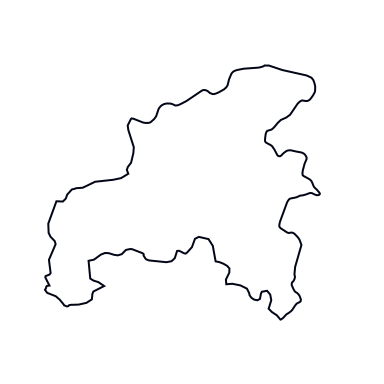 map outline of Alessandria (orthographic projection), rotated 284°
{"feature_id": "ITA-5439", "entity_name": "Alessandria", "entity_type": "Province", "adm_level": 1, "iso_a3": "ITA", "parent_name": "Italy", "parent_adm1": "", "projection": "orthographic", "projection_center": [8.655, 44.843], "detail": "fine", "context": "isolated", "style": "outline", "palette": "ink", "viewbox_px": 384, "rotation_deg": 284, "n_neighbors": 0, "source": "natural_earth", "source_scale": "10m", "svg_char_len": 3758}
<svg xmlns="http://www.w3.org/2000/svg" viewBox="0 0 384 384"><g transform="rotate(284 192 192)"><path d="M126.5,60.2L150.2,62.7L151.5,69.0L155.0,71.1L159.4,71.6L165.4,74.8L167.1,78.0L167.6,78.5L169.7,84.9L178.5,95.5L184.8,112.6L188.3,119.8L194.3,125.8L197.7,123.4L200.8,123.7L205.7,125.8L215.4,125.7L221.4,124.7L236.6,115.3L241.0,113.5L248.1,115.1L248.8,115.6L248.9,117.6L247.7,126.7L247.6,128.3L247.7,129.7L248.0,131.1L248.3,132.3L248.7,133.4L249.3,134.5L249.8,135.0L253.4,137.5L255.2,138.3L256.9,138.9L264.5,139.5L266.7,140.3L268.5,141.4L269.0,141.9L270.3,143.3L271.1,144.6L271.9,146.5L272.6,149.9L272.5,151.9L271.9,154.9L272.5,156.8L273.9,158.9L278.8,164.5L292.7,177.0L293.5,178.0L294.0,179.4L294.0,181.6L293.6,183.0L292.4,185.4L292.2,186.9L292.0,188.2L292.3,189.6L293.4,191.5L295.2,193.9L299.4,198.3L302.0,200.0L304.1,200.7L310.3,200.7L316.2,201.6L317.4,202.1L318.4,202.7L319.3,203.4L320.4,204.8L321.5,206.7L324.2,212.5L328.9,226.8L330.3,229.4L331.4,231.1L332.3,231.8L333.3,236.0L332.2,250.1L332.8,275.0L331.8,280.3L329.9,282.7L326.7,284.8L324.2,286.0L320.3,286.9L318.7,287.0L315.1,286.1L311.6,284.7L310.2,284.0L309.2,283.1L308.4,282.2L308.0,281.1L307.7,279.7L307.5,276.6L305.9,274.8L303.2,273.1L290.7,268.5L287.1,265.5L283.4,260.8L279.8,258.5L275.4,256.4L273.3,255.2L271.8,254.0L269.5,250.2L267.9,249.6L265.7,249.5L260.1,250.2L258.7,250.8L258.0,251.6L257.7,252.4L256.5,257.1L256.1,258.1L255.8,258.7L252.9,261.9L248.5,265.8L247.9,266.8L247.8,267.9L248.1,268.9L248.9,269.7L252.1,271.6L254.8,273.9L255.4,274.9L255.9,276.0L256.3,277.4L256.4,278.9L256.5,283.8L256.7,286.8L256.8,288.3L256.7,289.8L256.2,291.5L255.3,293.0L253.3,294.8L251.7,295.2L246.5,294.4L239.9,294.3L237.0,294.6L235.0,295.4L234.5,296.5L233.1,301.9L232.7,303.2L232.1,304.3L231.4,305.3L230.5,306.1L226.7,308.9L226.0,309.8L224.6,312.3L222.2,315.7L221.5,316.4L220.8,316.5L220.1,316.1L219.5,315.2L219.1,314.0L219.1,312.6L219.9,308.6L219.7,307.2L219.2,306.1L217.2,303.2L215.9,301.0L214.5,297.6L212.3,294.9L211.1,292.6L210.1,290.3L209.5,289.2L208.8,288.2L207.3,287.5L205.2,286.8L184.8,284.6L181.9,284.6L179.8,285.0L178.9,285.8L178.3,286.8L177.4,289.3L177.0,290.6L176.1,293.0L175.7,294.3L175.6,295.5L176.0,296.7L176.5,297.7L176.8,298.9L176.7,300.2L176.3,301.4L175.7,302.5L173.7,305.6L171.8,307.8L167.1,311.0L144.3,310.2L137.0,311.3L134.4,312.5L132.3,312.5L130.4,312.1L128.2,310.9L126.8,311.0L125.6,311.4L121.9,314.3L121.1,315.1L120.5,315.8L120.1,316.4L119.7,317.5L119.4,318.6L118.4,320.2L117.0,321.7L114.0,323.7L112.3,323.8L111.2,323.2L110.5,322.2L109.7,321.3L108.9,320.5L106.7,319.5L101.9,317.8L100.6,317.1L98.6,315.6L96.1,313.2L91.9,310.9L90.0,309.4L89.6,308.7L92.9,304.1L94.9,298.5L97.3,294.6L106.2,295.1L111.4,292.7L114.3,288.7L112.1,283.9L110.0,283.5L104.7,283.8L102.8,281.7L102.6,278.4L103.7,275.3L105.7,272.9L107.8,271.9L111.5,268.7L113.1,261.5L112.7,253.4L110.8,247.6L115.2,246.1L122.8,247.7L126.9,246.8L128.8,244.0L130.0,239.9L130.6,235.5L130.4,231.7L144.8,225.2L150.3,219.4L150.1,209.5L147.3,206.2L138.5,205.3L131.6,201.6L130.6,200.5L130.7,198.6L131.4,195.9L131.8,193.5L131.2,191.8L123.6,191.3L119.9,188.9L117.7,184.2L115.2,166.8L115.6,163.8L116.1,163.0L118.3,160.7L118.7,160.4L118.9,160.3L119.6,160.3L119.9,160.2L120.2,159.8L120.4,159.4L120.7,158.6L122.0,148.0L121.8,146.0L119.8,141.9L114.7,138.9L112.6,135.4L112.2,131.9L112.5,126.0L111.8,122.4L109.3,118.8L102.7,113.3L100.2,108.3L83.4,114.2L82.2,117.9L81.9,123.0L79.5,129.5L71.6,120.4L69.2,120.0L63.6,120.8L58.9,116.4L55.3,109.2L53.2,101.7L52.5,100.2L51.4,99.6L50.7,98.3L51.1,95.3L51.6,95.0L55.6,89.6L57.9,85.0L59.1,75.9L61.5,73.0L63.3,73.6L64.7,73.5L65.8,74.0L66.7,76.3L73.7,70.3L75.0,70.3L77.5,73.8L79.2,74.4L91.6,69.6L108.4,72.3L111.2,70.6L114.4,65.5L117.6,62.8L126.5,60.2Z" fill="none" stroke="#020617" stroke-width="2"/></g></svg>